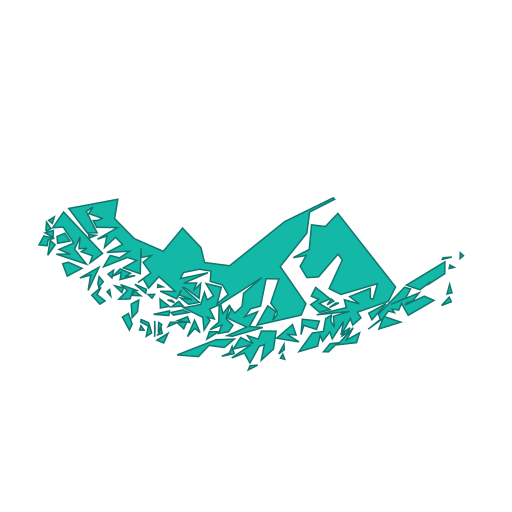 SVG path tracing the border of Magallanes y Antártica Chilena, rotated 320°
{"feature_id": "CHL-2692", "entity_name": "Magallanes y Antártica Chilena", "entity_type": "Region", "adm_level": 1, "iso_a3": "CHL", "parent_name": "Chile", "parent_adm1": "", "projection": "equal_earth", "projection_center": [-72.604, -52.278], "detail": "fine", "context": "isolated", "style": "filled", "palette": "teal", "viewbox_px": 512, "rotation_deg": 320, "n_neighbors": 0, "source": "natural_earth", "source_scale": "10m", "svg_char_len": 6223}
<svg xmlns="http://www.w3.org/2000/svg" viewBox="0 0 512 512"><g transform="rotate(320 256 256)"><path d="M186.6,123.7L171.7,136.5L173.9,164.4L188.0,192.8L217.7,187.4L219.2,214.2L212.4,227.9L229.5,246.5L300.2,248.1L352.6,261.1L352.7,263.1L325.3,256.8L309.6,271.2L267.8,279.6L263.5,324.7L252.6,330.3L212.2,309.6L233.0,301.7L235.3,311.1L227.7,316.0L234.4,314.5L236.5,312.0L237.0,301.6L258.8,288.3L249.1,279.9L227.3,297.3L218.1,293.1L208.4,295.3L221.4,299.7L205.6,305.7L215.3,315.2L186.3,302.3L182.7,298.5L203.2,304.5L194.0,284.8L201.5,281.7L203.5,279.0L203.1,286.1L213.0,285.6L222.5,276.6L246.4,276.3L198.1,270.0L193.6,278.9L204.6,276.6L192.6,284.9L193.9,294.2L186.3,296.4L177.3,291.2L185.7,286.9L173.5,282.9L185.0,282.7L196.4,269.7L186.3,266.8L183.7,277.5L179.4,271.8L179.2,275.9L168.7,279.3L175.8,268.8L167.2,249.1L182.5,257.6L193.2,250.7L190.3,258.3L197.8,259.2L200.0,245.0L209.4,257.6L195.6,267.6L209.9,267.6L211.8,256.8L204.7,246.1L211.8,238.5L204.0,229.7L189.8,222.0L183.6,224.7L208.5,238.0L183.1,230.3L193.2,238.5L185.8,242.4L195.9,241.5L185.2,251.9L181.5,235.7L179.4,232.4L182.8,255.1L173.3,249.6L171.2,239.5L179.0,248.5L172.3,236.7L176.8,233.9L167.7,237.9L160.0,221.4L171.4,231.2L168.4,209.4L153.0,211.6L154.9,201.1L148.4,200.4L164.4,201.4L165.4,188.3L176.0,188.4L167.1,183.3L172.8,176.3L155.9,195.2L146.7,179.8L161.6,182.6L156.6,174.5L132.3,166.3L144.7,161.9L150.2,169.7L162.3,171.1L144.0,157.5L161.2,161.4L160.4,151.4L145.4,152.1L154.7,144.9L145.4,141.2L168.1,145.2L152.4,131.6L154.1,124.2L158.1,127.3L162.4,128.2L155.1,116.0L162.7,113.6L154.6,112.7L149.2,136.2L141.6,129.8L143.1,99.2L186.6,123.7ZM343.0,369.4L328.2,375.8L297.5,364.2L296.6,370.9L285.7,371.1L288.1,364.7L270.3,371.2L280.9,362.4L261.1,368.5L263.8,361.6L252.2,364.2L254.1,358.0L245.3,364.7L227.5,356.9L249.7,351.2L259.1,357.1L269.2,348.8L275.7,349.8L271.6,353.6L270.2,360.9L276.5,352.0L292.1,358.6L264.7,340.1L292.0,353.6L295.6,346.3L304.3,359.0L301.6,347.3L322.8,354.2L316.5,361.9L317.9,364.4L331.2,355.3L296.4,340.1L291.0,328.0L319.6,314.5L320.0,307.3L290.4,312.2L281.1,305.3L283.2,292.3L294.8,287.9L283.5,281.2L301.0,285.2L318.6,267.8L328.1,278.0L346.1,276.0L343.0,369.4ZM120.9,153.3L104.2,126.2L115.0,135.2L109.2,124.3L124.7,128.9L126.9,109.9L118.4,103.7L136.9,98.6L140.1,155.4L124.3,154.6L130.9,150.8L124.9,140.4L131.5,141.4L125.0,136.7L133.6,128.2L121.4,134.2L120.9,153.3ZM363.8,404.4L334.5,399.3L337.0,385.9L330.6,389.2L326.1,384.2L325.6,388.4L322.1,383.3L315.3,384.8L324.4,399.7L303.2,390.9L313.2,385.4L295.0,384.2L310.4,384.5L312.4,379.3L349.7,375.4L353.2,380.6L343.4,384.4L328.3,379.8L357.2,389.1L347.2,391.1L341.8,388.8L338.8,389.4L359.1,395.0L363.8,404.4ZM209.6,338.5L193.0,339.2L205.6,329.2L200.2,327.3L182.6,334.1L184.8,322.9L171.9,318.5L194.9,320.7L178.7,312.7L191.9,308.6L197.3,321.5L198.2,311.5L204.4,321.1L211.8,316.9L223.1,326.5L209.6,338.5ZM368.4,388.3L373.3,388.0L359.8,387.2L352.5,375.0L397.0,381.9L389.2,390.9L368.4,388.3ZM281.5,318.4L285.1,336.4L273.9,333.1L278.2,344.7L268.5,340.1L266.6,328.4L276.1,329.4L272.5,322.3L281.5,318.4ZM186.0,305.7L172.9,305.7L162.5,294.3L147.3,296.1L132.0,281.1L171.5,294.4L186.0,305.7ZM239.9,345.2L250.8,334.2L262.7,346.6L255.1,351.1L248.0,339.9L239.9,345.2ZM233.7,349.4L218.9,332.2L239.9,332.0L235.9,342.3L229.5,335.9L233.7,349.4ZM128.6,163.7L105.3,174.5L117.1,164.3L107.0,159.7L128.6,163.7ZM133.9,190.9L143.4,207.1L140.6,202.9L131.8,207.9L123.2,200.9L135.3,199.8L133.9,190.9ZM163.9,278.7L162.6,272.1L151.7,273.7L167.7,265.7L163.9,278.7ZM286.0,381.4L277.3,387.0L261.5,376.5L284.3,373.4L271.2,378.5L286.0,381.4ZM150.9,193.4L136.7,186.7L142.3,181.9L133.3,179.4L143.6,178.6L148.8,188.6L142.1,187.5L150.9,193.4ZM303.8,379.4L305.6,372.2L324.9,376.1L303.8,379.4ZM114.8,153.6L98.5,150.1L102.9,137.7L108.3,140.2L114.8,153.6ZM137.9,214.4L129.4,222.5L121.5,223.6L129.5,212.6L137.9,214.4ZM126.6,247.9L120.2,247.0L128.5,240.6L125.2,232.5L127.2,230.8L130.9,238.2L126.6,247.9ZM117.2,180.4L109.4,183.4L111.5,193.4L105.4,192.5L105.0,180.4L117.2,180.4ZM112.9,112.8L107.1,110.0L102.6,113.9L96.9,108.0L106.3,104.3L112.9,112.8ZM153.8,265.4L152.9,256.4L143.3,253.5L147.9,251.7L160.3,262.2L153.8,265.4ZM124.2,115.7L123.1,125.0L112.2,118.8L116.1,113.1L124.2,115.7ZM121.4,218.0L117.4,228.5L111.4,231.3L114.4,216.9L121.4,218.0ZM138.9,258.7L129.4,263.3L126.0,256.8L138.9,258.7ZM109.3,118.3L97.0,121.6L108.4,111.7L109.3,118.3ZM168.2,256.1L154.7,248.2L154.5,244.6L165.5,250.4L168.2,256.1ZM154.8,227.3L157.3,238.9L149.3,234.4L154.8,227.3ZM129.7,197.9L128.7,188.1L133.9,195.3L129.7,197.9ZM151.0,245.6L140.0,234.8L154.5,242.4L151.0,245.6ZM262.5,374.9L249.9,376.0L246.2,372.8L256.4,370.8L262.5,374.9ZM164.5,258.5L162.5,264.4L154.7,255.2L164.5,258.5ZM179.6,309.9L176.5,316.7L165.3,310.8L173.3,313.2L179.6,309.9ZM132.3,246.4L126.4,252.8L136.7,240.6L132.3,246.4ZM158.6,240.6L167.8,241.1L168.0,247.6L158.6,240.6ZM386.1,402.2L382.5,410.1L377.9,407.9L386.1,402.2ZM122.6,171.0L122.5,177.6L115.5,178.9L117.3,175.3L122.6,171.0ZM210.5,345.6L220.7,341.6L217.4,346.0L210.5,345.6ZM117.2,106.2L112.6,111.2L109.3,102.7L117.2,106.2ZM377.5,411.7L376.2,416.6L366.4,413.2L377.5,411.7ZM150.6,211.0L147.5,213.7L145.0,199.8L150.6,211.0ZM398.8,387.6L400.5,392.1L395.9,389.7L398.8,387.6ZM140.3,204.1L142.2,212.4L136.1,206.8L140.3,204.1ZM278.9,342.7L286.9,343.3L289.3,345.3L278.9,342.7ZM146.6,137.3L140.0,135.2L141.5,131.7L146.6,137.3ZM117.3,95.4L116.5,103.3L111.6,102.2L111.5,101.4L117.3,95.4ZM171.8,284.0L178.6,290.0L164.9,288.1L171.8,284.0ZM122.6,240.9L119.2,237.9L123.1,235.4L122.6,240.9ZM131.6,180.2L131.0,174.8L137.8,175.3L131.6,180.2ZM153.7,220.2L149.2,221.5L148.6,216.2L153.7,220.2ZM180.9,336.2L187.2,340.7L176.9,338.3L180.9,336.2ZM414.6,384.8L415.1,389.1L410.7,389.1L414.6,384.8ZM138.7,244.3L139.8,248.0L132.1,251.6L138.7,244.3ZM281.9,371.4L276.4,373.6L270.7,372.6L275.5,370.8L281.9,371.4ZM279.2,339.1L286.1,337.5L286.6,340.6L279.2,339.1ZM122.3,187.7L118.9,193.4L118.9,187.6L122.3,187.7ZM398.2,377.6L405.4,382.7L396.5,378.3L398.2,377.6ZM162.4,214.8L164.9,219.8L160.4,216.8L162.4,214.8ZM213.5,348.3L211.6,353.6L209.1,349.9L213.5,348.3ZM120.9,100.2L120.0,95.4L126.7,96.4L120.9,100.2ZM163.0,235.7L163.5,239.5L159.9,232.8L163.0,235.7ZM134.4,255.0L130.1,253.3L136.8,250.6L134.4,255.0Z" fill="#14b8a6" stroke="#0f766e" stroke-width="1.5"/></g></svg>